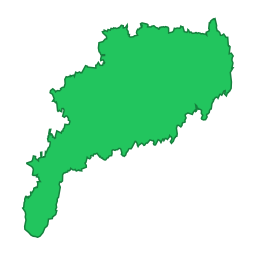 Ballinasloe Lea-6, Galway, Ireland (Natural Earth projection), rotated 91°
{"feature_id": "5873133B97089647818716", "entity_name": "Ballinasloe Lea-6", "entity_type": "district", "adm_level": 2, "iso_a3": "IRL", "parent_name": "Ireland", "parent_adm1": "Galway", "projection": "natural_earth1", "projection_center": [-8.386, 53.453], "detail": "fine", "context": "isolated", "style": "filled", "palette": "green", "viewbox_px": 256, "rotation_deg": 91, "n_neighbors": 0, "source": "geoboundaries", "source_scale": "gbopen_adm2", "svg_char_len": 5804}
<svg xmlns="http://www.w3.org/2000/svg" viewBox="0 0 256 256"><g transform="rotate(91 128 128)"><path d="M24.9,130.6L27.4,132.2L28.0,133.9L28.0,134.5L25.8,134.6L25.4,136.5L27.9,138.4L27.8,139.1L28.4,139.8L28.7,141.6L28.2,142.4L28.5,143.3L28.1,144.0L29.0,144.7L28.7,146.7L30.5,147.4L29.9,149.7L31.8,150.4L30.6,153.4L31.5,153.3L32.2,155.3L33.6,154.6L36.5,151.3L38.4,150.9L39.1,150.9L39.5,152.4L42.1,154.6L43.2,158.5L48.6,159.0L52.3,158.2L52.7,157.5L55.3,156.3L55.1,152.7L55.9,152.7L56.2,155.8L59.9,156.6L61.1,156.4L60.4,154.8L60.4,154.0L63.0,152.5L63.8,152.8L63.4,153.8L65.8,154.5L65.8,157.1L62.9,158.8L65.5,160.3L65.8,161.3L68.6,161.2L67.8,169.6L67.0,169.7L66.4,171.5L73.6,175.2L73.4,175.8L73.7,176.3L72.8,177.4L73.8,179.6L73.1,181.3L77.4,182.5L76.1,183.1L76.7,185.2L77.2,185.5L76.5,186.6L77.7,186.9L77.4,187.5L78.1,189.5L77.8,190.7L80.4,192.0L84.8,191.6L88.3,192.6L88.6,194.4L89.8,196.1L90.6,195.7L92.0,197.0L91.8,199.4L93.2,201.1L92.0,201.6L90.1,203.9L91.9,206.1L94.1,206.5L95.6,204.1L100.0,202.3L102.5,203.8L102.4,202.1L103.9,201.0L103.3,200.2L105.2,199.5L112.0,198.7L112.6,198.2L111.5,196.9L112.4,196.0L112.9,194.6L109.7,194.4L109.7,192.9L111.2,192.2L112.7,192.4L117.3,193.6L118.4,191.8L116.9,190.1L117.3,189.1L119.2,187.8L121.3,187.7L121.8,186.4L122.8,186.2L125.3,187.0L125.7,188.6L125.4,191.1L128.9,191.7L130.4,192.9L132.2,193.1L132.4,194.3L134.2,194.6L132.1,199.1L137.5,200.5L139.0,200.3L139.7,201.2L138.5,202.2L138.5,203.1L137.6,202.9L135.5,204.1L136.1,204.8L135.0,205.1L134.7,206.1L130.7,205.2L130.8,206.4L134.9,207.1L136.0,206.6L136.8,207.5L138.3,207.2L138.4,207.8L139.2,207.6L140.0,208.2L143.0,207.5L143.1,205.7L144.2,205.4L148.1,206.1L149.0,207.2L154.1,209.4L153.3,210.1L158.1,210.5L158.2,211.7L158.7,211.7L158.8,213.8L153.7,213.8L153.9,214.9L159.0,214.5L159.6,216.2L160.4,217.1L162.4,217.0L160.0,220.1L158.1,219.9L157.6,222.1L161.7,222.9L163.0,223.7L164.8,228.6L165.4,228.5L168.2,223.6L169.6,222.5L171.0,221.9L176.5,222.7L177.0,222.1L177.1,219.6L176.3,217.9L178.4,218.6L178.8,216.5L181.3,216.0L183.1,214.7L183.4,217.8L185.1,217.2L188.9,217.6L188.6,218.8L189.5,219.1L189.3,220.1L189.9,221.1L191.5,221.2L194.4,222.8L193.7,224.0L193.9,224.3L196.7,223.9L199.5,226.4L198.4,226.5L199.2,228.0L198.2,228.2L198.2,229.1L200.9,230.0L203.1,229.9L204.2,230.5L209.2,230.9L209.9,231.9L213.6,229.3L216.3,228.8L218.7,229.2L221.8,228.4L228.3,229.6L231.1,229.3L234.0,225.7L236.8,223.1L237.9,220.9L238.1,218.6L238.8,216.4L237.6,214.0L234.0,211.2L229.3,209.4L227.7,207.4L226.0,206.6L220.5,205.9L219.9,202.1L218.2,201.8L215.8,198.8L211.9,197.8L211.7,198.7L211.1,198.9L210.0,198.8L208.8,198.0L205.8,198.5L202.1,197.4L200.6,197.6L199.3,197.1L198.6,196.3L188.3,194.7L185.6,195.9L183.2,195.3L183.0,194.8L183.4,194.0L182.1,192.6L175.7,192.5L173.9,191.0L174.0,190.2L173.5,189.7L173.0,187.6L171.5,187.1L171.8,186.0L170.9,185.0L169.3,184.6L170.8,182.5L170.9,181.0L170.3,180.2L171.9,179.0L170.8,176.4L171.4,176.0L171.7,173.5L169.9,173.8L167.9,169.0L166.1,169.1L163.8,170.4L163.1,169.5L158.0,168.3L158.8,167.5L159.5,165.7L158.2,164.6L156.4,164.8L156.1,164.0L156.5,162.3L154.9,161.9L154.5,161.3L154.7,160.4L153.8,158.6L157.4,155.8L156.9,155.3L158.6,154.1L158.4,153.0L159.7,152.3L160.4,150.4L160.2,149.7L158.2,148.2L158.1,147.3L156.3,146.3L155.9,143.9L153.7,143.5L151.2,143.7L150.4,143.3L150.0,142.4L150.6,140.6L150.0,139.9L149.8,137.9L148.7,137.1L148.6,135.6L149.3,134.8L153.0,133.7L154.4,134.2L156.0,132.6L155.9,131.8L156.4,131.3L155.2,129.9L152.3,129.1L151.8,128.2L148.8,126.8L148.5,125.6L148.8,124.7L147.5,123.7L141.2,120.6L141.3,120.0L143.4,118.5L144.9,118.4L146.4,117.6L144.9,116.8L143.0,114.2L143.3,113.2L145.1,111.8L144.9,111.1L143.1,109.9L142.5,108.7L142.7,108.3L139.5,105.8L140.3,103.4L140.1,102.5L141.8,101.7L143.2,102.3L144.1,101.9L144.5,101.4L144.4,100.2L139.2,97.6L140.0,96.0L142.0,94.8L138.4,93.0L138.5,92.5L140.0,91.9L137.8,90.6L137.9,89.5L138.8,88.4L136.4,86.6L134.9,86.2L135.8,85.6L136.2,84.5L138.0,83.8L141.0,85.4L142.6,84.3L140.4,82.4L137.1,81.3L136.7,80.5L135.6,80.2L135.4,79.0L132.9,78.7L127.3,79.6L124.6,78.8L124.4,77.4L126.0,75.2L124.5,74.1L122.3,73.8L121.5,73.0L121.6,72.5L121.0,71.0L119.1,71.2L116.9,70.1L115.0,71.0L113.5,70.9L111.9,68.4L113.3,63.9L111.1,63.0L109.0,61.3L110.4,60.8L110.0,60.1L107.9,60.0L103.7,60.8L104.7,59.7L107.1,59.0L107.2,58.0L108.1,58.3L107.8,57.7L108.1,56.1L109.0,54.8L112.1,55.0L113.9,53.5L117.0,54.8L117.8,54.5L118.6,52.7L118.3,50.6L115.6,49.1L113.7,49.7L112.8,49.2L112.5,48.3L111.1,47.1L109.1,46.8L107.6,45.9L107.5,45.1L102.1,44.5L99.3,42.9L98.4,43.1L98.5,42.8L96.8,41.8L95.6,40.4L96.0,38.9L96.7,38.5L92.8,36.8L92.6,36.3L93.6,34.8L89.4,32.8L88.9,31.5L90.5,31.5L92.1,32.3L94.2,30.2L91.0,29.2L90.9,28.3L89.2,27.4L89.3,27.0L86.6,25.6L80.2,25.4L70.6,26.7L66.1,24.1L66.3,25.2L61.2,24.2L58.5,25.3L55.8,25.0L54.2,24.1L51.4,26.1L52.0,28.1L44.9,27.4L44.2,28.1L44.5,28.6L43.5,29.2L35.6,29.9L35.7,31.6L32.4,33.9L33.7,35.7L33.7,37.1L30.8,38.1L29.3,39.8L29.3,40.5L26.1,41.4L24.0,41.2L17.2,42.9L17.9,43.8L17.3,44.1L18.0,45.4L19.9,47.4L21.3,47.5L21.4,48.5L27.3,49.0L28.0,48.4L29.5,48.7L31.0,51.5L33.7,51.0L32.6,52.2L32.8,53.6L32.3,55.0L32.6,56.7L32.0,57.4L31.6,59.4L32.2,60.5L31.4,61.4L31.5,62.3L32.0,62.6L32.2,65.4L30.9,66.7L31.4,68.1L29.1,69.1L28.6,69.8L29.5,69.7L31.4,70.8L30.7,73.4L25.8,74.9L26.0,76.1L25.2,76.9L27.4,77.8L27.2,80.5L27.8,82.5L27.5,83.4L30.1,84.1L31.3,85.2L32.3,89.0L27.5,89.2L26.5,90.0L26.0,92.5L26.6,93.2L26.1,94.6L26.5,95.3L26.4,96.7L27.0,97.1L26.9,98.0L28.6,98.7L28.6,99.3L27.6,99.8L27.0,101.9L25.3,103.9L25.9,106.3L26.6,106.7L26.5,110.2L24.7,109.7L23.8,110.7L22.7,115.8L23.5,117.3L25.8,116.7L24.4,115.6L27.3,116.1L28.2,118.4L28.8,118.4L29.5,119.1L29.1,120.0L30.9,120.9L32.7,121.2L35.1,120.0L35.8,123.4L36.6,123.8L37.1,127.2L36.4,128.4L34.5,128.2L34.5,129.4L31.4,129.6L29.2,131.0L26.8,130.4L24.9,130.6Z" fill="#22c55e" stroke="#15803d" stroke-width="1.5"/></g></svg>